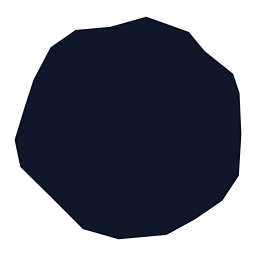 Shaki City, Şəki, Azerbaijan (Mercator projection)
{"feature_id": "54616110B24616396985677", "entity_name": "Shaki City", "entity_type": "district", "adm_level": 2, "iso_a3": "AZE", "parent_name": "Azerbaijan", "parent_adm1": "Şəki", "projection": "mercator", "projection_center": [47.188, 41.208], "detail": "fine", "context": "isolated", "style": "filled", "palette": "ink", "viewbox_px": 256, "rotation_deg": 0, "n_neighbors": 0, "source": "geoboundaries", "source_scale": "gbopen_adm2", "svg_char_len": 412}
<svg xmlns="http://www.w3.org/2000/svg" viewBox="0 0 256 256"><path d="M190.7,220.8L194.1,219.0L221.8,200.0L238.1,175.4L240.6,134.3L238.8,93.3L232.5,74.3L204.1,51.6L188.4,32.6L180.6,29.8L146.2,17.5L110.4,27.6L75.8,30.7L51.2,47.8L34.2,80.0L25.4,107.2L22.5,116.6L15.4,140.0L21.0,166.5L30.2,175.6L53.1,198.1L83.3,228.4L118.6,238.5L166.4,234.1L190.7,220.8Z" fill="#0f172a" stroke="#020617" stroke-width="1.5"/></svg>